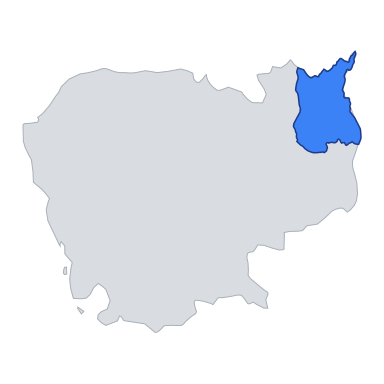 Cambodia, with Rôtânôkiri highlighted
{"feature_id": "KHM-1795", "entity_name": "Rôtânôkiri", "entity_type": "Province", "adm_level": 1, "iso_a3": "KHM", "parent_name": "Cambodia", "parent_adm1": "", "projection": "albers", "projection_center": [107.133, 13.934], "detail": "fine", "context": "in_parent", "style": "filled", "palette": "blue", "viewbox_px": 384, "rotation_deg": 0, "n_neighbors": 0, "source": "natural_earth", "source_scale": "10m", "svg_char_len": 5956}
<svg xmlns="http://www.w3.org/2000/svg" viewBox="0 0 384 384"><path d="M355.0,51.5L356.0,55.1L353.3,62.0L350.5,68.2L345.2,73.6L344.9,77.6L343.1,89.5L343.8,93.3L345.0,96.6L346.8,98.3L351.5,109.9L355.7,120.5L359.9,129.2L360.6,134.8L356.8,148.7L352.4,161.5L352.8,167.9L354.7,174.3L356.8,182.8L357.5,193.7L356.4,200.8L354.4,205.3L350.5,209.8L347.2,212.1L343.1,208.3L339.9,208.1L335.5,209.3L332.1,211.0L325.2,217.7L317.4,224.1L306.8,225.8L302.6,230.6L298.2,231.2L289.7,231.4L284.2,232.5L284.4,235.0L284.0,246.3L284.1,249.0L283.2,249.7L279.4,250.0L272.9,248.3L264.1,245.4L257.9,244.9L254.7,249.9L252.8,251.8L250.4,252.1L247.9,253.0L247.1,255.2L246.9,257.9L248.0,262.7L248.4,270.2L248.1,275.3L250.4,278.6L263.7,289.6L267.7,292.3L268.1,293.9L265.8,299.8L267.8,308.2L263.6,308.0L256.6,304.4L253.3,302.2L249.2,303.9L247.8,303.6L245.0,299.5L241.5,295.3L237.8,295.0L229.9,296.6L221.9,297.7L218.9,297.6L217.6,298.4L213.0,304.6L211.0,303.5L203.0,301.1L195.6,300.1L194.1,301.7L194.9,306.8L196.5,311.7L195.5,313.8L191.5,316.4L186.1,321.1L182.8,324.7L180.5,325.6L172.4,325.3L164.2,325.7L161.0,329.1L157.9,331.8L155.2,332.5L144.7,323.8L123.7,320.6L121.5,316.8L119.5,316.0L117.5,320.9L105.8,325.4L101.1,322.5L97.6,319.0L98.1,314.8L101.5,311.5L107.3,309.1L110.1,300.5L105.9,289.4L102.1,286.1L98.1,283.5L93.8,287.5L90.1,294.5L86.3,298.1L81.1,298.8L73.4,298.4L70.5,287.8L69.7,278.8L70.9,268.5L72.2,262.5L64.9,253.9L64.7,245.9L61.2,241.7L60.1,243.8L60.1,246.1L59.1,244.4L47.9,220.7L46.2,209.8L48.3,201.4L49.5,198.6L46.3,194.2L41.6,189.1L33.4,182.3L33.0,171.9L31.4,159.6L29.0,155.4L25.3,147.8L23.4,141.5L23.0,125.0L24.1,123.7L30.0,123.3L37.6,122.2L38.8,119.6L37.6,117.4L42.5,113.7L49.5,105.6L55.0,97.2L59.0,91.8L61.4,86.5L69.3,79.0L80.1,73.9L87.4,72.8L95.0,71.1L102.2,68.7L105.7,68.5L114.6,71.7L119.5,72.6L124.6,72.6L129.9,73.0L134.5,72.8L145.6,70.7L157.3,72.6L167.7,71.4L180.7,69.0L187.0,70.6L192.8,73.2L193.5,78.2L194.8,80.5L196.8,82.3L199.3,82.3L202.7,78.9L205.4,75.3L206.4,74.6L206.5,76.4L207.8,80.3L210.2,84.2L212.7,86.8L216.9,90.2L219.6,90.4L228.4,87.2L241.7,92.0L243.2,94.4L247.5,99.2L252.1,102.6L262.5,102.9L266.2,94.5L264.4,89.4L258.6,80.4L257.0,75.1L258.9,74.2L268.9,73.3L270.5,72.2L272.7,66.5L275.4,67.1L280.9,67.9L286.8,64.0L290.3,59.8L292.2,61.7L294.2,64.6L296.5,66.3L300.7,68.8L305.3,72.4L308.2,75.8L310.5,77.2L316.5,76.2L318.0,76.3L321.5,72.2L323.9,69.9L326.0,70.5L328.9,70.5L335.1,65.1L338.7,60.3L340.6,58.9L346.1,61.4L348.4,60.9L351.6,54.1L355.0,51.5ZM66.8,273.9L65.7,274.5L64.6,274.5L63.5,273.5L63.7,269.7L64.5,267.4L66.4,267.0L66.8,273.9ZM83.8,311.4L81.4,313.9L77.7,308.6L77.8,307.1L83.8,311.4Z" fill="#d9dde1" stroke="#a8b0b8" stroke-width="1"/><path d="M355.1,51.5L355.8,53.3L355.5,54.9L354.0,58.3L353.9,59.3L354.2,61.2L354.1,62.3L353.8,63.0L352.9,64.4L352.6,65.3L352.5,65.7L352.3,66.6L351.5,68.3L351.0,69.3L350.2,70.0L348.9,70.3L348.5,70.1L348.3,69.7L347.9,69.4L347.1,69.7L346.6,70.1L346.4,70.7L346.3,71.3L346.1,71.9L344.8,74.2L344.4,75.4L344.3,76.7L344.4,77.3L345.0,78.6L345.1,79.2L345.1,79.9L344.8,82.2L342.7,88.4L342.4,90.0L342.6,90.7L343.2,91.4L343.9,92.5L344.1,93.8L343.9,95.2L343.8,96.5L344.6,97.7L345.6,98.1L348.0,97.8L349.0,98.2L349.4,98.9L349.5,99.5L349.4,100.1L349.4,100.7L350.3,102.7L350.4,103.0L350.5,103.8L350.4,104.6L350.0,105.3L349.7,106.4L350.4,108.4L350.3,109.0L349.9,110.4L349.9,111.1L350.2,112.1L351.5,113.5L352.1,114.5L352.2,114.8L353.7,116.4L354.8,118.0L360.1,128.4L360.6,130.8L361.0,137.2L360.7,139.2L358.7,144.2L358.1,144.4L357.6,144.3L355.8,144.0L355.4,143.9L355.2,143.8L354.5,143.6L354.3,143.5L354.1,143.4L353.9,143.1L353.6,142.9L353.1,142.6L352.5,142.0L352.1,141.8L351.9,141.8L351.6,142.2L351.4,142.4L351.1,142.5L350.4,142.8L349.9,143.0L349.2,143.2L349.0,143.3L348.8,143.4L348.5,143.6L348.2,144.1L347.8,144.5L347.5,144.7L346.2,145.3L345.6,144.9L345.7,144.5L345.3,144.2L344.7,143.0L344.4,142.7L342.9,142.7L342.2,142.8L341.6,143.1L340.9,142.3L340.0,140.2L339.3,139.5L338.2,139.2L337.6,139.8L337.3,140.8L336.7,141.8L334.9,142.8L331.0,142.3L328.8,143.1L328.3,142.6L327.5,142.6L327.3,142.6L327.2,142.6L326.4,143.5L326.2,143.7L326.2,143.9L326.1,144.2L326.1,144.4L326.3,144.9L326.5,145.2L326.7,145.6L326.9,146.0L327.0,146.2L327.3,147.1L327.4,147.6L327.4,147.8L327.3,148.1L327.3,148.3L327.2,148.5L327.0,148.9L326.9,149.2L326.7,150.4L326.6,150.7L326.5,150.8L326.2,151.1L324.8,152.3L324.4,152.5L324.0,152.6L323.8,152.5L323.6,152.4L323.5,152.2L323.3,152.1L323.1,152.0L322.1,152.1L320.5,152.4L320.1,152.4L319.8,152.4L319.1,152.4L317.1,152.7L316.1,152.7L313.5,152.7L312.4,152.5L308.3,151.0L305.2,148.9L303.0,146.5L300.5,144.9L300.1,144.6L296.9,141.5L297.4,140.4L297.4,139.6L297.4,139.3L297.3,139.0L297.3,138.8L297.2,138.6L296.7,138.1L296.5,137.6L296.4,137.0L296.6,134.5L296.5,133.8L296.4,133.1L295.7,132.1L295.2,129.6L294.2,127.9L294.0,127.4L293.7,127.0L293.5,126.6L293.6,125.0L294.0,123.3L300.1,111.9L300.2,111.4L300.1,109.9L300.6,109.2L300.4,108.4L299.3,105.1L298.3,96.0L297.6,93.1L297.1,92.5L296.6,91.9L296.2,91.3L295.8,90.4L295.7,89.6L295.7,88.8L296.5,83.8L296.6,83.4L297.0,82.4L297.1,81.6L297.8,79.7L298.1,78.3L298.1,77.1L297.9,76.0L297.6,75.0L297.3,73.9L296.8,72.5L296.8,71.8L296.9,71.0L297.7,68.3L297.8,68.0L297.9,67.8L298.7,68.2L303.3,69.6L303.6,69.9L304.1,70.4L304.4,70.8L304.9,71.8L307.1,74.9L308.8,76.6L309.7,77.3L310.6,77.6L311.5,77.7L314.0,76.3L314.3,76.0L314.7,75.8L315.3,75.7L315.9,75.9L317.1,76.7L317.8,76.8L318.5,76.6L318.8,76.3L318.8,75.8L319.5,74.2L320.3,74.0L320.6,73.8L321.8,71.9L323.7,69.6L323.7,69.3L323.9,69.2L324.7,69.6L325.8,70.4L326.3,71.2L327.0,71.5L328.4,71.1L330.3,69.8L332.1,68.2L332.6,67.2L333.0,66.0L333.5,65.3L334.4,65.3L335.4,65.4L336.0,65.1L336.6,63.8L336.8,62.5L336.9,62.0L337.1,61.7L337.8,61.3L338.2,61.0L339.3,59.4L340.3,58.5L341.4,58.6L343.1,59.9L344.3,60.9L345.0,61.2L346.2,61.4L347.6,62.1L348.4,62.1L349.2,61.5L349.4,61.0L349.4,60.4L349.3,59.8L349.3,59.3L349.5,58.8L350.0,58.2L350.2,57.8L350.7,56.3L351.1,55.9L352.1,55.4L354.2,52.3L355.1,51.5Z" fill="#3b82f6" stroke="#1e3a8a" stroke-width="1.5"/></svg>